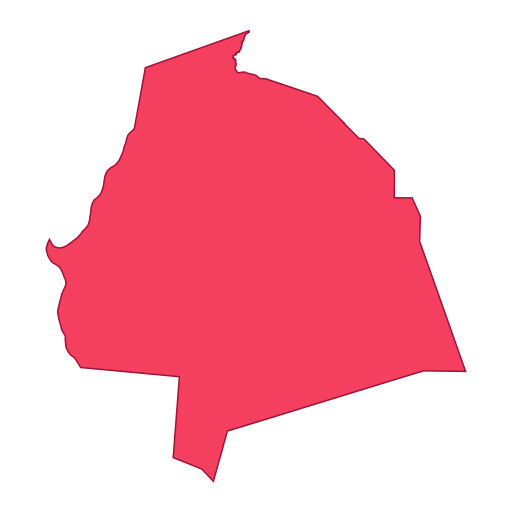 the district of Capital, La Rioja, Argentina
{"feature_id": "61730980B64159378499320", "entity_name": "Capital", "entity_type": "district", "adm_level": 2, "iso_a3": "ARG", "parent_name": "Argentina", "parent_adm1": "La Rioja", "projection": "orthographic", "projection_center": [-66.622, -29.46], "detail": "fine", "context": "isolated", "style": "filled", "palette": "rose", "viewbox_px": 512, "rotation_deg": 0, "n_neighbors": 0, "source": "geoboundaries", "source_scale": "gbopen_adm2", "svg_char_len": 5104}
<svg xmlns="http://www.w3.org/2000/svg" viewBox="0 0 512 512"><path d="M145.3,67.7L144.3,73.6L134.3,128.7L133.1,129.9L132.2,130.8L131.2,131.7L130.2,132.5L129.3,133.5L128.4,134.5L127.7,135.6L127.3,136.9L126.9,138.1L126.5,139.4L126.2,140.7L125.9,142.0L125.6,143.3L125.2,144.5L124.6,145.7L124.2,146.9L123.8,148.2L123.6,149.5L123.3,150.8L122.8,152.1L122.3,153.3L121.8,154.5L121.3,155.7L120.7,156.9L120.2,158.1L119.6,159.3L119.0,160.5L118.3,161.6L117.4,162.6L116.5,163.6L115.7,164.6L114.6,165.4L113.5,166.1L112.4,166.8L110.9,167.6L109.1,169.1L108.2,170.0L107.4,171.0L106.6,172.1L106.0,173.3L105.6,174.5L105.1,175.7L104.7,177.0L104.6,178.3L104.3,179.6L104.1,180.9L104.0,182.2L103.8,183.5L103.6,184.8L103.3,186.1L103.0,187.4L102.7,188.7L102.2,190.0L101.8,191.2L101.2,192.4L100.6,193.6L99.9,194.7L99.0,195.7L98.1,196.7L97.2,197.6L96.2,198.4L95.2,199.3L94.2,200.1L93.4,201.2L92.8,202.4L92.3,203.6L91.9,204.9L91.5,206.1L91.2,207.4L91.1,208.7L90.9,210.0L90.8,211.4L90.7,212.7L90.5,214.0L90.2,215.3L89.9,216.6L89.8,217.9L89.7,219.2L89.5,220.5L89.1,221.8L88.7,223.1L88.4,224.3L87.8,225.5L87.0,226.6L86.1,227.6L85.3,228.6L84.4,229.6L83.4,230.5L82.5,231.4L81.7,232.5L81.0,233.6L80.2,234.7L79.3,235.6L78.4,236.6L77.5,237.5L76.5,238.4L75.4,239.2L74.4,240.0L73.3,240.8L72.3,241.6L71.3,242.5L70.2,243.2L69.1,243.9L68.1,244.8L67.0,245.5L65.8,246.1L64.6,246.7L63.4,247.2L62.2,247.6L60.9,247.8L59.6,248.0L58.3,247.8L57.0,247.5L55.7,247.2L54.5,246.6L53.6,245.7L52.6,244.8L51.7,243.8L51.2,242.6L50.6,241.4L49.5,239.4L48.7,240.9L48.3,242.1L47.6,243.3L47.3,244.5L47.0,245.8L46.5,247.0L46.4,248.4L46.4,249.7L46.5,251.0L46.9,252.3L47.3,253.5L47.6,254.8L48.1,256.1L48.7,257.2L49.4,258.3L50.0,259.5L50.7,260.6L51.6,261.7L52.6,262.5L53.6,263.3L54.8,263.9L55.9,264.6L57.0,265.3L58.1,266.1L59.1,267.0L60.0,267.9L60.7,269.0L61.4,270.2L61.9,271.4L62.5,272.6L63.1,273.8L63.5,275.0L63.8,276.3L64.4,277.5L65.0,278.7L65.4,279.9L65.6,281.3L65.8,282.6L65.9,283.9L65.7,285.2L65.2,286.4L64.6,287.6L64.1,288.8L63.5,290.0L63.0,291.2L62.5,292.4L62.0,293.7L61.6,294.9L61.3,296.2L60.9,297.5L60.6,298.8L60.3,300.1L59.9,301.3L59.6,302.6L59.3,303.9L59.0,305.2L58.7,306.5L58.4,307.8L58.0,309.0L57.8,310.3L57.7,311.6L57.8,313.0L58.0,314.3L58.2,315.6L58.5,316.9L58.7,318.2L59.0,319.5L59.4,320.7L59.8,322.0L60.1,323.3L60.4,324.6L60.8,325.8L61.1,327.1L61.4,328.4L61.8,329.7L62.3,330.9L62.9,332.0L63.6,333.2L64.4,334.2L65.1,335.4L65.3,336.7L65.3,338.0L65.2,339.3L65.3,340.6L65.5,342.0L65.6,343.3L65.7,344.6L65.8,345.9L66.1,347.2L66.5,348.5L67.1,349.7L67.7,350.8L68.3,352.0L69.1,353.1L69.9,354.1L70.8,355.0L71.8,355.9L72.9,356.7L74.0,357.4L74.9,358.4L75.7,359.5L76.4,360.6L77.0,361.7L77.8,362.8L78.5,363.9L79.2,365.1L79.9,366.2L80.6,367.5L115.3,370.7L179.4,376.7L173.2,457.6L201.8,469.1L213.4,481.3L227.4,431.0L232.5,429.5L391.7,380.5L411.6,374.5L423.7,370.8L465.6,371.4L465.2,370.4L463.8,366.3L455.6,343.1L455.4,342.5L455.1,341.6L453.9,338.2L448.7,323.5L446.0,315.8L445.3,313.8L426.8,261.5L419.6,241.5L420.4,216.3L412.2,197.9L410.0,197.9L394.3,197.8L394.3,192.0L394.4,182.4L394.4,172.7L394.4,170.3L368.3,143.4L364.5,139.5L363.9,139.1L363.2,138.8L359.8,138.5L359.1,138.3L358.6,138.0L343.8,123.1L344.0,122.9L341.9,120.7L341.7,120.7L323.0,101.8L317.7,96.4L280.1,83.6L268.2,79.6L267.8,79.4L267.2,79.3L266.7,78.9L266.4,78.9L265.6,78.8L264.9,78.8L264.1,78.7L263.9,78.7L263.3,78.6L262.7,78.6L260.1,78.4L259.8,78.4L259.6,78.4L259.4,78.2L258.6,77.5L258.6,77.4L257.9,76.9L256.6,75.9L256.3,75.6L255.7,75.1L254.7,74.9L254.3,74.8L253.7,74.6L253.1,74.5L252.3,74.3L251.5,74.1L251.1,74.1L249.5,73.7L248.1,73.3L247.4,73.2L247.1,73.1L246.8,73.0L246.5,72.9L246.2,72.7L245.8,72.4L245.3,72.3L244.9,72.1L244.6,72.0L244.4,72.0L243.7,72.0L242.9,72.2L241.9,72.3L241.5,72.3L239.6,72.5L239.0,72.6L238.7,72.6L237.9,72.5L237.5,72.3L237.2,72.0L237.0,71.6L236.4,70.6L236.2,70.3L235.7,69.8L235.5,69.4L235.4,69.3L235.3,69.2L235.2,68.3L235.1,67.3L235.0,66.9L235.7,66.0L236.0,65.7L236.1,64.3L236.1,63.9L236.2,63.7L235.9,62.8L235.5,62.4L235.4,62.2L235.2,61.4L235.3,61.1L235.5,60.8L235.6,60.6L235.9,60.4L235.6,60.1L235.2,59.8L235.2,59.7L234.9,59.0L234.7,58.5L234.4,58.6L234.0,58.7L233.4,58.7L233.1,58.0L233.2,57.1L233.1,56.3L233.1,55.9L233.5,55.9L233.7,55.7L233.8,55.7L233.9,55.4L234.0,55.3L234.1,55.2L234.5,54.9L234.9,54.9L235.1,54.9L235.3,54.9L235.9,54.9L236.1,54.8L236.2,54.7L236.3,54.4L236.2,53.9L235.9,53.4L236.0,53.0L236.3,53.1L237.0,53.0L237.1,52.2L237.3,52.0L237.7,51.7L237.8,51.7L237.9,51.9L238.2,52.2L238.3,52.2L238.4,52.3L238.5,52.3L239.1,52.1L239.2,51.9L239.3,51.8L239.4,51.4L239.3,51.1L239.7,50.6L240.0,50.1L240.2,49.7L240.9,49.0L241.0,48.8L241.0,48.0L240.9,47.9L240.7,47.5L240.8,47.4L241.4,46.9L241.7,46.6L241.7,46.4L241.7,46.1L241.5,45.3L241.5,45.1L241.7,44.7L241.8,44.3L242.3,43.8L242.3,43.3L242.3,43.2L241.6,41.9L241.7,41.7L241.8,41.7L242.9,41.5L242.9,41.4L243.2,40.9L243.7,40.2L243.8,39.9L243.8,39.0L244.5,37.7L244.5,37.4L244.4,36.8L244.8,35.7L245.2,35.5L245.4,35.2L245.4,34.9L245.4,34.6L246.0,34.2L246.5,33.7L247.5,33.1L248.5,32.5L248.7,32.4L249.1,32.2L249.2,31.9L249.1,31.2L249.0,30.7L248.2,31.0L247.9,31.1L145.3,67.7Z" fill="#f43f5e" stroke="#9f1239" stroke-width="1.5"/></svg>